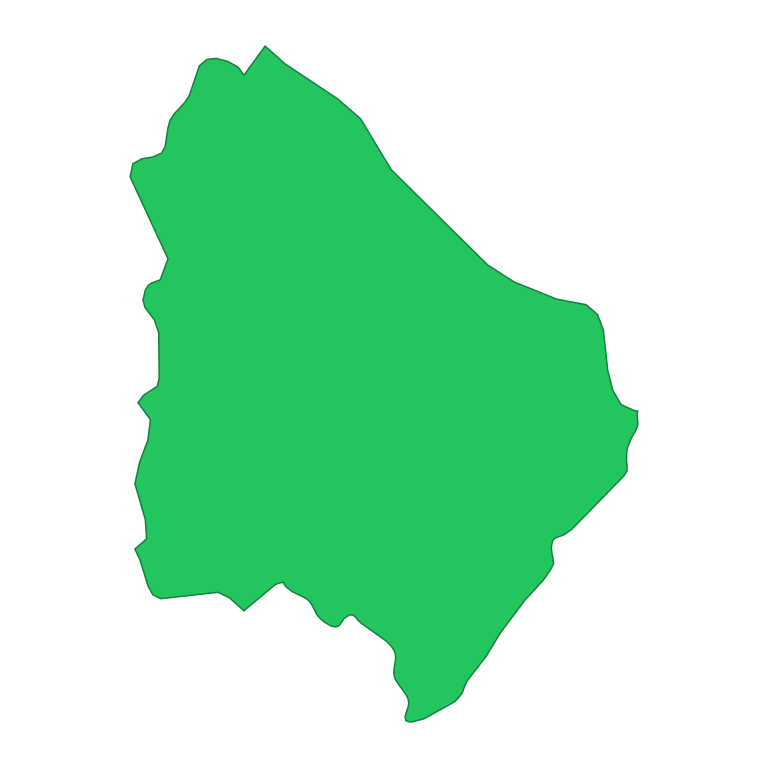 outline of Chieti
{"feature_id": "ITA-5421", "entity_name": "Chieti", "entity_type": "Province", "adm_level": 1, "iso_a3": "ITA", "parent_name": "Italy", "parent_adm1": "", "projection": "orthographic", "projection_center": [14.381, 42.106], "detail": "fine", "context": "isolated", "style": "filled", "palette": "green", "viewbox_px": 768, "rotation_deg": 0, "n_neighbors": 0, "source": "natural_earth", "source_scale": "10m", "svg_char_len": 1765}
<svg xmlns="http://www.w3.org/2000/svg" viewBox="0 0 768 768"><path d="M265.1,46.1L284.9,63.8L337.7,98.9L360.6,118.8L391.2,169.7L487.7,265.0L514.0,281.9L556.5,299.1L586.1,304.7L597.5,314.5L603.3,329.8L607.8,370.7L612.8,390.3L621.1,404.6L633.5,410.3L637.8,411.2L637.1,414.3L637.9,424.0L637.1,427.1L635.3,431.3L631.3,438.2L627.6,447.4L626.8,451.4L626.5,459.4L627.1,467.0L627.0,470.7L624.1,475.7L571.9,529.2L564.5,534.5L554.9,538.2L552.5,540.9L551.3,547.3L551.7,551.8L553.1,559.6L553.6,563.5L550.7,569.6L543.3,580.1L524.9,600.2L500.6,632.5L486.4,656.0L467.6,680.2L464.3,687.1L462.4,692.7L458.4,697.9L454.8,701.6L436.9,711.6L424.4,718.6L412.7,721.8L408.8,721.9L405.9,720.7L405.1,717.0L405.8,713.7L408.2,706.7L408.7,703.1L408.3,699.7L407.1,696.5L403.6,691.1L399.7,686.0L396.0,680.6L394.6,677.5L393.9,674.0L393.9,670.0L395.7,658.1L395.3,654.4L394.4,651.1L392.8,648.3L390.9,645.8L386.4,641.2L360.7,622.8L357.6,619.8L355.4,616.9L352.7,615.1L349.5,614.8L344.1,618.5L339.1,625.6L335.9,626.9L331.5,626.3L324.7,622.3L320.9,619.2L318.0,616.2L316.3,613.6L311.7,604.6L309.9,601.9L307.7,599.7L305.0,597.8L292.1,591.6L287.4,587.9L285.8,586.4L284.5,584.8L283.4,582.3L278.6,583.2L275.1,584.7L243.9,610.8L229.6,597.9L217.9,592.3L160.8,598.7L152.8,594.8L148.0,585.9L140.0,559.9L134.9,549.1L146.6,538.8L145.3,519.5L134.9,483.7L139.7,462.0L147.9,440.0L150.4,419.6L138.0,402.7L143.5,395.3L157.4,386.2L159.2,377.8L158.7,332.6L154.5,320.2L144.9,307.3L143.0,300.0L145.3,290.0L148.3,285.3L151.8,283.0L160.2,279.8L168.0,258.8L130.1,176.8L132.9,163.7L141.7,158.8L152.5,157.1L161.7,153.0L165.2,146.3L167.8,128.6L169.9,120.6L174.3,113.7L184.9,102.4L189.3,95.5L199.4,65.7L207.0,59.4L216.0,58.4L227.5,61.3L238.0,67.1L244.0,75.1L265.1,46.1Z" fill="#22c55e" stroke="#15803d" stroke-width="1.5"/></svg>